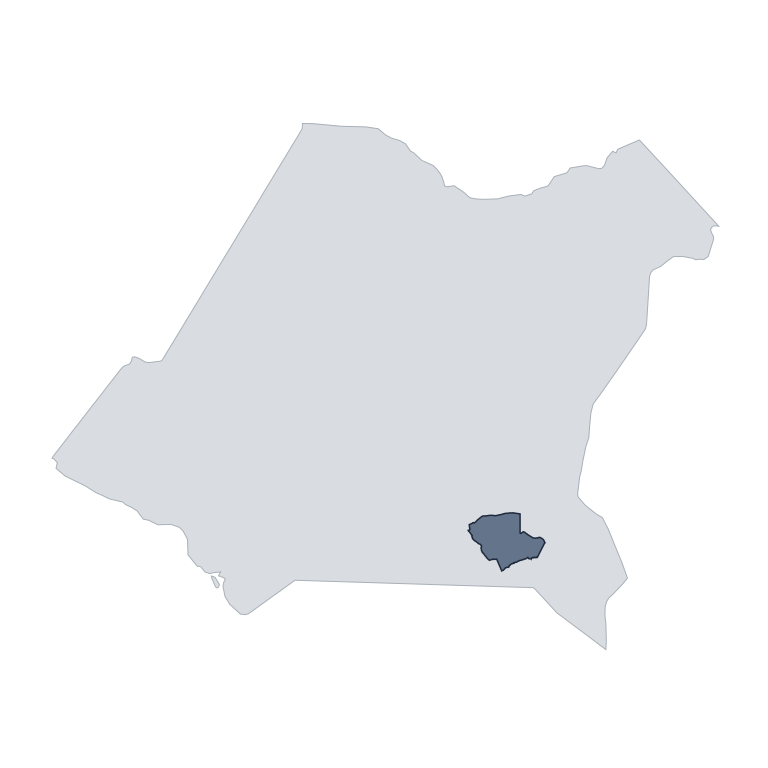 Tarbaj, North-Eastern, Kenya shown in context, rotated 92°
{"feature_id": "3690345B53726856133736", "entity_name": "Tarbaj", "entity_type": "district", "adm_level": 2, "iso_a3": "KEN", "parent_name": "Kenya", "parent_adm1": "North-Eastern", "projection": "mercator", "projection_center": [40.301, 2.381], "detail": "fine", "context": "in_parent", "style": "filled", "palette": "slate", "viewbox_px": 768, "rotation_deg": 92, "n_neighbors": 0, "source": "geoboundaries", "source_scale": "gbopen_adm2", "svg_char_len": 8003}
<svg xmlns="http://www.w3.org/2000/svg" viewBox="0 0 768 768"><g transform="rotate(92 384 384)"><path d="M126.5,474.6L126.3,463.6L127.9,435.6L127.7,411.0L129.1,398.7L135.2,390.9L138.0,385.2L140.0,377.3L143.2,370.9L150.4,365.6L151.7,362.7L159.3,353.9L163.9,342.6L167.3,338.8L171.6,335.3L174.7,333.4L179.7,331.5L183.6,330.5L184.3,329.6L184.7,327.8L183.4,320.8L185.0,318.5L187.7,313.8L190.8,309.4L193.5,306.7L195.1,303.8L195.8,298.9L195.9,295.4L195.9,289.7L195.0,276.8L191.8,265.9L189.8,253.8L191.3,249.8L188.7,242.7L187.4,242.3L185.4,240.8L182.7,234.1L180.7,227.9L179.5,226.4L170.8,221.1L166.5,208.4L161.7,205.6L159.1,193.1L158.6,189.5L161.3,177.0L161.0,174.1L158.1,171.5L150.0,168.8L143.4,163.6L144.3,161.8L144.8,160.0L141.3,158.7L131.2,137.3L144.2,124.4L157.3,111.4L174.1,94.8L189.5,79.7L202.8,66.6L214.7,54.9L214.4,57.1L214.4,60.1L215.9,61.9L218.3,63.1L221.7,61.8L224.7,60.0L227.6,59.6L245.4,64.5L248.4,68.7L248.2,73.3L249.0,76.6L247.6,79.9L246.1,90.0L246.6,99.2L251.9,106.0L256.7,111.4L260.5,118.9L263.3,121.2L267.2,122.4L279.4,122.7L297.6,123.2L315.0,123.7L316.6,123.9L320.3,124.9L336.4,135.1L351.1,144.4L363.6,152.4L375.7,160.3L387.4,167.9L396.5,174.2L405.5,176.2L420.1,177.1L430.2,177.4L439.6,180.1L453.4,182.5L463.8,183.8L470.1,185.2L487.4,186.7L490.3,185.9L498.0,178.8L506.5,167.4L509.9,161.1L521.0,154.9L540.5,146.2L554.2,140.0L569.5,133.9L576.4,139.2L586.0,147.8L590.2,152.0L593.7,153.9L598.9,155.2L605.2,155.2L608.6,155.0L615.7,153.9L632.2,152.9L641.7,153.0L633.7,164.4L624.2,178.0L606.7,203.2L593.3,216.4L583.2,226.4L582.3,228.2L582.4,239.3L582.5,266.5L582.7,321.0L582.9,375.4L583.1,429.8L583.2,457.0L583.2,466.1L592.1,477.5L600.7,488.7L612.2,503.5L618.3,511.4L619.3,514.1L619.0,519.4L609.6,530.4L601.9,535.5L591.5,537.9L588.4,537.4L584.3,535.8L582.7,538.5L581.5,542.6L579.2,541.8L577.5,540.6L578.5,547.9L579.6,551.5L578.0,556.5L573.0,560.8L572.5,564.4L561.6,573.9L546.2,574.9L538.0,579.6L534.4,583.5L531.7,591.9L532.6,604.9L528.3,614.8L527.5,619.8L519.5,626.3L516.0,632.2L513.4,638.3L511.1,640.9L508.4,654.5L504.7,662.7L503.7,665.4L502.7,667.9L499.9,672.7L498.0,676.0L496.6,678.2L487.2,699.3L479.8,708.8L474.1,707.7L470.2,711.4L469.8,713.1L467.8,712.1L463.0,708.7L453.1,701.5L443.1,694.4L433.2,687.2L423.3,680.1L413.4,672.9L403.5,665.7L393.6,658.6L383.7,651.4L377.9,647.2L375.3,644.8L373.3,639.8L372.3,638.6L369.7,637.1L366.6,636.7L365.7,635.8L365.7,633.4L366.8,630.0L370.4,623.4L370.8,619.6L370.1,615.2L369.0,608.2L368.0,606.6L361.4,602.9L347.7,595.2L333.9,587.5L320.1,579.8L306.4,572.1L292.6,564.5L278.9,556.8L265.1,549.1L251.4,541.4L237.6,533.7L223.8,526.0L210.1,518.3L196.3,510.7L182.6,503.0L168.8,495.3L155.0,487.6L141.3,479.9L136.1,477.0L131.5,474.6L126.5,474.6ZM584.2,549.3L581.9,549.8L583.1,546.1L590.2,541.4L593.0,542.5L593.6,543.5L593.4,544.5L592.2,545.5L584.2,549.3Z" fill="#d9dde1" stroke="#a8b0b8" stroke-width="1"/><path d="M521.5,293.9L524.0,293.6L524.9,293.3L525.4,293.3L525.8,293.2L526.0,293.2L526.4,293.1L526.6,293.1L526.8,293.3L527.0,293.5L527.2,294.1L527.2,294.6L527.3,294.8L527.5,294.7L528.0,294.4L528.8,293.5L529.0,293.4L529.5,292.9L529.8,292.7L530.4,292.2L530.6,292.1L531.1,291.6L531.5,291.5L531.6,291.4L531.9,291.2L532.2,290.8L532.3,290.6L532.5,290.6L532.8,290.8L533.2,290.9L533.3,290.8L533.8,290.5L534.0,290.4L534.3,290.3L534.6,290.3L534.8,290.4L535.0,290.3L535.4,290.0L535.5,289.9L535.9,289.5L536.0,289.5L536.0,289.3L536.1,289.2L536.9,288.6L537.2,288.4L537.3,288.3L537.4,288.1L537.5,288.0L537.5,287.9L537.6,287.6L537.8,287.4L537.9,287.1L538.1,286.7L538.5,286.2L538.9,285.6L539.0,285.4L539.2,285.1L539.4,284.9L539.5,284.8L539.7,284.7L539.8,284.4L540.0,284.3L540.2,283.9L540.4,283.7L540.5,283.5L540.5,283.2L540.8,282.3L540.9,282.1L541.0,281.9L541.6,281.6L541.7,281.4L541.9,281.3L542.2,281.1L542.4,280.9L542.7,280.8L543.0,280.8L543.3,281.0L543.5,281.1L543.9,281.1L544.2,281.3L544.3,281.3L544.5,281.3L544.8,281.3L545.0,281.2L545.3,281.0L545.5,280.9L546.0,280.8L546.5,280.9L546.8,280.8L547.3,280.7L547.5,280.5L547.7,280.3L547.9,280.1L548.0,280.1L548.5,280.0L549.1,279.8L549.2,279.7L549.3,279.6L549.4,279.4L549.5,279.1L549.7,278.8L549.8,278.7L550.1,278.4L550.3,278.3L550.6,278.1L550.8,278.0L551.0,277.9L551.4,277.5L551.9,277.1L552.0,277.0L552.2,276.9L552.3,276.8L552.4,276.7L552.5,276.5L552.7,276.2L553.0,276.0L553.8,275.5L554.1,275.3L554.3,275.1L554.6,274.7L555.1,274.2L555.9,273.4L556.2,272.9L556.3,272.8L556.3,272.7L556.4,272.4L556.4,272.0L556.3,271.9L556.2,271.6L556.1,271.4L556.0,271.2L555.9,271.0L555.8,270.9L555.7,270.7L555.7,270.3L555.6,269.5L555.5,269.1L555.4,268.9L555.1,268.6L555.1,268.4L555.2,268.2L555.4,267.8L555.4,267.1L555.3,266.7L555.1,265.9L555.1,265.7L555.1,265.3L566.7,259.8L566.4,259.5L566.3,259.3L566.2,259.1L566.2,258.8L566.1,258.5L565.9,258.2L565.7,258.0L565.2,257.6L564.9,257.3L564.6,257.0L564.4,256.9L564.0,256.7L563.7,256.5L563.7,256.1L563.6,255.9L563.4,255.8L563.2,255.6L563.0,255.3L563.0,254.8L563.0,254.5L562.9,254.3L562.9,253.4L562.8,253.1L562.5,252.9L562.4,252.8L562.2,252.7L561.7,252.7L561.4,252.6L561.4,252.4L561.3,252.2L561.1,252.2L560.8,252.1L560.7,251.7L560.4,251.6L560.2,251.4L560.0,251.2L559.9,251.0L559.7,250.8L559.4,250.3L559.2,250.0L559.1,249.9L559.0,249.7L559.0,249.4L559.1,249.1L559.0,248.9L558.4,248.5L558.2,248.3L558.4,248.1L558.6,247.9L558.6,247.7L558.0,247.1L557.6,246.8L557.5,246.5L557.4,246.3L557.5,245.7L557.5,245.3L557.2,244.9L556.9,244.5L556.8,244.3L556.6,244.2L556.4,243.8L556.3,243.6L556.1,243.4L556.1,243.2L556.2,242.9L556.0,242.7L555.8,242.5L555.7,242.3L555.6,242.1L555.5,241.9L555.5,241.2L555.4,241.0L555.2,240.4L555.1,240.2L555.0,239.8L554.9,239.6L554.9,239.3L554.7,239.1L554.7,238.9L554.6,238.6L554.5,238.4L554.3,238.1L554.1,237.8L554.1,237.7L554.1,237.3L553.9,237.0L553.9,236.8L553.8,236.4L553.7,236.1L553.6,235.8L553.4,235.5L553.2,235.4L552.7,234.8L552.5,234.6L552.3,234.3L552.3,234.1L552.8,233.9L552.9,233.7L553.1,233.3L553.2,233.1L553.5,233.1L553.6,232.8L553.5,232.6L553.6,232.4L553.6,232.2L553.5,231.6L553.6,231.4L553.5,231.1L553.5,230.8L553.7,230.7L553.2,230.5L553.0,230.2L552.9,230.1L552.7,230.2L552.4,229.9L552.5,229.7L552.5,229.4L552.2,229.3L552.0,229.1L552.0,228.9L552.2,228.7L552.4,228.7L552.5,228.5L552.4,228.2L552.1,228.0L552.0,227.9L552.2,227.7L552.1,227.4L552.1,227.2L552.3,226.9L552.2,226.8L552.0,226.7L552.0,226.4L552.0,226.2L552.2,225.8L552.1,225.6L551.9,225.5L552.0,225.4L552.0,225.2L551.9,225.0L551.9,224.9L551.9,224.7L550.4,224.0L544.8,221.4L537.5,218.0L537.1,217.5L536.5,218.0L536.2,218.1L535.6,218.3L534.5,218.9L534.2,219.1L534.0,219.3L533.6,219.7L533.5,219.9L533.0,220.6L532.7,221.0L532.6,221.3L532.5,221.5L532.2,222.1L531.9,222.6L531.8,222.9L531.9,223.2L531.9,223.4L532.0,223.7L532.0,224.0L532.0,224.5L532.4,224.8L532.5,224.9L532.6,225.0L532.5,225.7L532.5,225.9L532.5,226.1L532.7,226.8L532.8,227.0L532.9,227.4L532.8,227.7L532.7,228.3L532.6,229.0L532.6,229.5L532.0,230.8L530.0,234.2L529.8,234.6L529.6,235.1L529.4,235.3L529.0,235.7L528.9,235.8L528.4,236.7L528.2,237.0L528.1,237.3L527.9,237.6L527.7,237.7L527.5,237.9L527.4,238.1L527.2,238.3L527.1,238.5L526.9,239.2L526.9,239.8L527.0,239.9L527.0,240.0L527.4,240.4L527.5,240.5L527.8,241.0L528.0,241.2L528.4,241.5L528.5,241.7L528.6,241.9L528.5,242.0L528.4,242.4L528.2,242.8L516.7,243.2L509.1,243.5L509.0,244.1L508.3,250.2L508.5,254.3L508.9,255.8L508.9,257.1L509.0,257.6L509.1,258.5L509.3,259.0L509.6,259.9L509.7,260.1L509.8,261.0L510.0,261.4L510.3,262.0L510.4,262.4L510.6,263.4L510.7,263.9L511.2,265.7L511.5,267.0L511.7,268.2L511.7,268.4L511.7,269.1L511.7,269.4L511.5,270.4L511.5,271.0L511.5,271.7L511.5,272.9L511.7,274.5L511.8,275.1L512.0,276.2L512.1,276.6L512.3,277.6L512.3,278.6L512.4,279.4L512.5,280.2L512.5,280.7L512.9,281.3L513.2,281.9L513.5,282.2L514.0,282.8L514.3,283.2L514.6,283.5L515.5,284.5L516.2,285.4L516.6,285.8L516.8,286.0L517.8,286.9L518.7,287.6L518.9,287.9L519.3,288.4L519.4,288.6L519.7,288.8L519.8,289.0L519.7,289.2L519.5,289.3L519.4,289.7L519.4,290.0L519.6,290.5L519.8,290.8L520.1,291.0L520.4,291.3L520.5,291.5L520.7,292.0L520.8,292.3L521.4,293.6L521.5,293.9Z" fill="#64748b" stroke="#1e293b" stroke-width="1.5"/></g></svg>